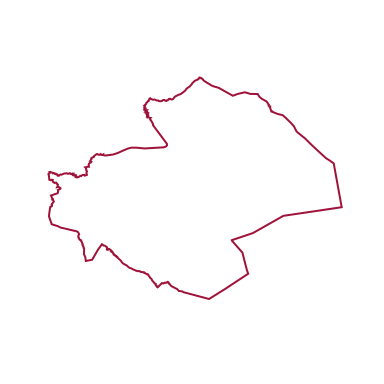 the district of Nord-Odal nor, Hedmark, Norway, rotated 163°
{"feature_id": "86288312B23847912636129", "entity_name": "Nord-Odal nor", "entity_type": "district", "adm_level": 2, "iso_a3": "NOR", "parent_name": "Norway", "parent_adm1": "Hedmark", "projection": "robinson", "projection_center": [11.686, 60.44], "detail": "fine", "context": "isolated", "style": "outline", "palette": "rose", "viewbox_px": 384, "rotation_deg": 163, "n_neighbors": 0, "source": "geoboundaries", "source_scale": "gbopen_adm2", "svg_char_len": 6018}
<svg xmlns="http://www.w3.org/2000/svg" viewBox="0 0 384 384"><g transform="rotate(163 192 192)"><path d="M321.7,252.7L322.2,252.7L322.0,252.4L322.4,252.4L322.5,251.7L323.3,251.4L323.6,251.4L323.7,251.1L324.0,251.0L323.9,250.7L324.1,249.5L324.2,249.4L324.1,248.9L324.3,248.3L324.6,246.5L324.8,246.1L324.6,245.6L324.7,245.2L323.8,244.7L322.3,244.7L321.6,244.3L322.1,243.2L321.9,242.7L321.9,242.1L321.4,241.9L320.9,240.9L319.2,240.7L318.7,239.7L318.9,239.4L318.6,238.7L318.1,238.3L318.6,237.1L319.5,236.1L318.6,236.1L317.8,235.6L316.6,234.0L316.9,233.6L317.6,233.4L319.7,233.1L319.8,231.7L320.8,230.1L327.9,229.9L327.6,228.1L327.7,227.2L327.1,226.2L327.1,225.8L327.7,225.5L327.1,225.1L327.1,223.8L326.9,223.4L327.6,222.7L328.6,222.1L329.6,221.4L329.6,221.0L329.9,221.0L330.1,220.4L329.8,220.4L329.8,220.2L330.0,220.1L330.2,219.4L332.1,219.0L335.1,212.5L335.9,210.4L335.6,202.2L330.1,198.4L328.2,196.5L313.8,188.1L313.3,187.7L312.6,186.7L312.3,184.5L313.0,184.1L313.5,183.3L313.6,182.5L313.9,182.3L313.6,181.4L313.8,181.0L313.5,179.5L313.0,179.0L312.5,178.8L312.3,178.4L312.7,178.2L312.1,177.0L312.2,176.6L312.0,176.0L312.0,174.4L311.7,174.0L312.2,173.5L312.2,172.6L311.7,171.9L311.9,171.5L311.8,171.0L312.0,170.2L311.8,170.0L311.9,169.8L311.7,169.2L313.5,164.3L313.1,160.7L313.7,157.1L307.3,156.4L298.8,164.3L293.4,168.4L293.2,168.2L293.4,168.0L292.8,167.7L292.4,166.8L290.9,166.0L289.4,163.9L289.7,163.4L289.6,163.1L289.7,162.7L289.8,162.6L289.8,162.4L290.2,162.1L290.1,161.6L289.4,161.3L288.8,161.4L288.6,161.8L288.6,162.0L288.2,161.9L287.7,161.6L287.6,161.2L286.6,160.2L286.0,158.9L286.7,158.7L285.8,157.5L285.4,157.3L285.5,156.8L285.4,156.4L285.1,156.2L285.2,155.8L284.7,155.1L285.1,154.9L285.0,154.6L284.0,153.9L283.9,153.3L283.3,153.0L283.4,152.8L283.3,152.7L283.5,152.7L280.3,147.5L279.9,146.4L279.8,145.8L279.1,144.2L277.6,142.4L276.0,141.0L274.3,138.1L271.8,136.2L270.9,135.1L269.6,134.2L268.9,133.4L267.6,132.6L267.4,132.3L265.2,131.6L264.7,131.1L264.7,130.8L264.1,130.4L262.0,129.6L261.0,129.0L260.8,128.6L261.2,128.5L260.9,128.2L260.3,127.8L259.1,126.6L258.7,126.5L258.8,126.2L258.0,125.6L257.8,124.2L257.3,123.3L257.2,122.3L256.4,121.2L256.0,120.1L256.1,119.5L255.8,118.6L255.5,118.2L255.4,117.7L254.5,116.1L254.6,115.6L253.6,114.6L253.8,114.3L253.9,113.4L253.4,113.0L253.5,112.7L253.2,112.3L253.3,111.8L252.9,110.9L252.6,110.9L247.3,113.7L246.3,112.9L245.6,113.1L244.9,113.2L244.6,113.0L244.1,113.2L243.4,112.7L241.5,113.2L241.3,113.0L241.2,112.5L240.8,112.2L241.1,111.7L241.0,111.2L240.0,110.1L239.8,109.1L239.3,108.1L234.5,103.4L233.5,101.2L230.4,99.8L229.7,99.1L229.5,98.7L207.0,84.7L188.3,89.7L162.2,97.4L162.3,102.6L161.5,119.3L168.1,133.9L168.0,134.3L145.8,134.9L111.6,142.5L53.3,133.7L48.1,177.9L51.0,181.7L54.0,185.2L63.5,201.4L68.3,210.3L73.5,217.9L74.4,219.7L75.3,225.0L77.4,229.6L77.9,230.3L78.5,231.5L80.7,235.5L82.9,239.0L87.3,241.6L92.3,245.6L91.9,245.8L92.2,246.1L92.3,246.6L92.6,247.1L92.6,248.0L92.8,248.9L92.2,250.9L93.0,251.1L93.0,251.3L93.5,252.1L93.4,252.7L93.0,253.0L93.5,254.0L93.6,255.1L93.8,255.4L94.3,256.9L98.0,260.7L99.7,263.3L100.5,266.5L107.4,268.7L112.3,271.9L119.2,272.4L124.8,272.1L136.0,283.8L140.7,286.9L142.8,288.7L143.6,290.0L145.2,291.5L148.3,295.2L149.0,297.3L149.6,297.7L149.9,297.8L150.2,298.3L150.2,298.6L151.5,299.3L152.2,298.4L153.0,298.3L153.4,297.9L157.0,297.5L157.3,297.2L159.7,296.1L160.5,295.3L163.5,293.5L166.0,292.8L167.5,292.1L168.9,290.9L170.6,290.3L170.9,290.0L174.6,288.9L176.6,288.9L180.3,288.2L181.2,287.8L182.1,286.9L183.5,286.3L184.2,286.3L186.0,287.7L187.1,287.6L187.2,287.2L187.8,287.2L188.5,286.8L189.2,287.0L189.9,286.5L191.2,287.5L191.3,287.9L192.6,288.4L193.2,288.3L193.9,287.9L195.3,287.9L197.1,288.6L197.4,289.3L198.9,289.8L200.7,291.4L202.5,291.7L203.1,292.3L203.8,292.7L204.4,293.8L205.4,293.7L205.7,293.3L205.6,293.1L205.8,292.8L207.2,291.9L207.1,291.7L208.4,291.2L209.0,290.7L209.5,290.7L210.2,289.6L212.2,288.7L211.7,288.1L211.9,287.8L212.9,287.1L212.9,286.4L212.6,286.2L213.1,285.7L212.8,285.6L212.6,285.2L212.8,285.0L212.5,285.0L212.7,284.8L212.5,284.7L212.4,284.3L212.0,284.3L212.2,284.2L212.4,283.8L212.1,283.7L212.5,283.6L212.0,283.6L212.0,283.4L212.4,283.3L212.2,283.1L212.7,282.7L212.3,282.5L212.8,282.3L212.1,282.0L212.6,281.7L212.5,281.4L211.8,281.5L212.0,281.2L212.3,281.1L211.9,280.9L212.0,280.6L211.4,280.6L211.2,280.5L212.2,279.9L211.7,279.5L212.3,279.3L212.0,278.9L212.3,278.9L212.5,279.1L212.5,278.6L212.7,278.3L212.7,278.0L211.9,278.0L211.8,277.8L213.0,277.3L213.2,277.0L212.8,276.7L212.8,276.4L212.0,276.5L211.3,275.9L211.0,275.3L210.1,274.9L210.7,274.6L210.8,274.3L210.6,273.8L210.7,273.3L210.4,272.9L210.5,272.5L209.8,270.9L209.8,269.9L209.5,269.2L209.4,267.8L209.8,267.4L201.9,245.4L202.2,244.1L202.9,243.5L204.0,243.1L206.0,243.0L224.6,247.5L232.6,250.8L236.9,252.1L240.2,252.3L244.7,251.9L251.7,251.0L256.3,250.9L262.1,251.8L264.7,252.4L266.0,253.2L265.8,253.9L267.1,253.6L268.2,254.2L268.3,255.0L269.6,254.6L270.9,255.2L271.3,255.9L272.1,256.1L275.2,255.0L275.6,254.2L275.9,254.0L277.3,254.2L278.4,253.8L278.5,252.9L279.0,252.7L279.5,252.0L280.3,251.5L280.0,251.3L280.0,250.6L279.5,250.2L280.1,249.8L281.3,249.7L282.2,249.2L283.0,248.0L282.9,247.4L283.2,246.8L283.2,246.3L284.4,246.6L286.9,246.8L286.4,245.9L286.6,245.3L286.4,244.7L286.8,243.9L286.4,242.4L286.8,242.1L287.5,240.9L287.4,239.6L287.7,238.9L289.9,239.1L290.1,239.9L291.2,240.2L292.8,240.0L293.3,239.7L294.1,240.2L295.0,239.7L297.0,239.4L297.5,239.7L298.3,239.8L299.0,240.4L299.0,240.6L298.3,241.0L298.5,241.2L298.3,241.6L298.6,241.6L298.6,242.2L299.7,242.2L299.7,242.7L300.0,243.1L300.5,243.1L300.1,243.7L301.2,243.6L301.4,243.9L301.1,244.1L301.3,244.3L301.2,244.5L302.1,244.4L302.7,244.7L302.8,245.2L303.3,245.7L304.3,245.5L304.7,245.8L305.4,245.7L306.2,246.5L308.8,247.0L311.7,246.7L312.6,247.2L314.0,246.9L314.2,246.6L314.8,246.8L315.3,246.6L315.6,246.9L315.5,247.5L315.9,247.7L315.9,248.4L317.4,249.0L317.2,249.5L318.0,249.8L318.3,250.3L319.4,250.5L319.3,251.0L320.7,251.8L321.7,252.7Z" fill="none" stroke="#9f1239" stroke-width="2"/></g></svg>